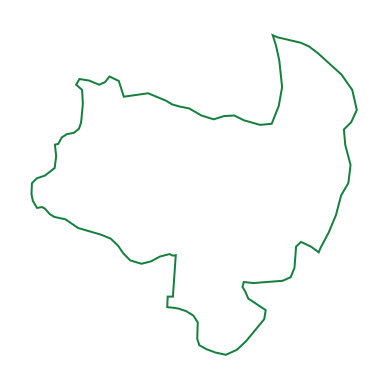 the border of Ioba, rotated 93°
{"feature_id": "BFA-2833", "entity_name": "Ioba", "entity_type": "Province", "adm_level": 1, "iso_a3": "BFA", "parent_name": "Burkina Faso", "parent_adm1": "", "projection": "mercator", "projection_center": [-2.966, 11.024], "detail": "fine", "context": "isolated", "style": "outline", "palette": "green", "viewbox_px": 384, "rotation_deg": 93, "n_neighbors": 0, "source": "natural_earth", "source_scale": "10m", "svg_char_len": 1408}
<svg xmlns="http://www.w3.org/2000/svg" viewBox="0 0 384 384"><g transform="rotate(93 192 192)"><path d="M308.3,210.7L297.7,210.8L297.5,205.6L255.9,204.9L256.6,207.7L255.2,211.2L258.1,220.6L263.4,229.3L266.3,238.7L263.6,250.0L257.1,257.2L249.4,263.1L242.9,270.6L239.3,280.9L234.0,303.7L225.9,317.0L224.1,328.2L221.5,332.9L216.3,338.0L214.9,340.9L216.0,345.9L215.8,346.1L209.1,350.5L202.4,352.2L191.6,352.3L186.4,347.6L183.3,339.7L175.2,330.4L163.2,329.5L151.9,331.4L150.9,328.0L144.4,325.0L140.7,319.9L139.2,313.3L134.8,308.2L128.5,306.4L109.7,305.6L95.8,307.1L90.9,313.3L85.1,310.3L86.1,300.5L89.7,290.4L86.9,284.7L81.0,280.4L85.0,270.9L100.4,265.1L95.7,241.0L102.3,222.4L105.5,216.7L107.3,208.8L108.7,199.2L115.0,186.9L118.3,174.2L114.5,164.0L113.4,153.8L117.7,143.8L121.4,127.6L119.7,116.0L101.7,109.9L82.6,107.5L56.2,111.7L41.5,115.7L31.2,119.6L33.1,114.5L37.3,91.0L40.5,82.8L47.0,73.3L67.0,48.8L81.7,37.3L101.5,31.7L114.0,36.7L121.6,43.6L137.0,41.4L156.7,35.1L174.8,36.3L187.6,42.9L207.4,47.0L225.1,53.3L241.3,60.8L245.6,62.3L240.5,70.0L236.1,80.6L241.1,85.2L262.3,85.7L271.9,89.0L275.9,96.8L279.7,125.7L279.2,135.6L284.0,136.6L289.6,133.1L295.5,130.2L306.1,112.2L315.2,113.2L338.0,130.1L347.2,138.9L352.8,149.6L351.1,160.1L348.2,169.4L344.7,176.6L338.4,179.1L322.0,179.4L315.4,184.1L311.2,191.8L309.0,200.1L308.5,205.6L308.3,210.7L308.3,210.7Z" fill="none" stroke="#15803d" stroke-width="2"/></g></svg>